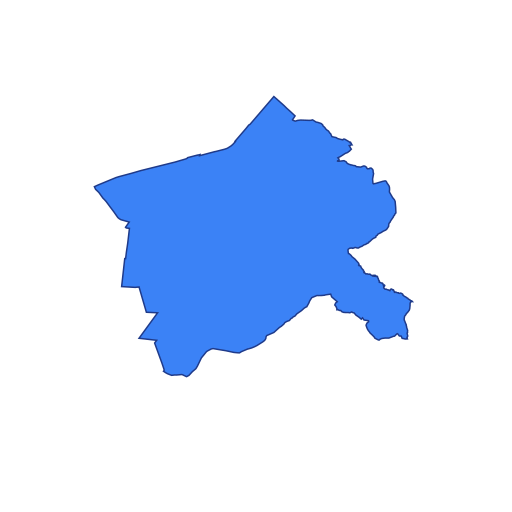 outline of Moacsa, Covasna, Romania, rotated 127°
{"feature_id": "2599482B70686666792164", "entity_name": "Moacsa", "entity_type": "district", "adm_level": 2, "iso_a3": "ROU", "parent_name": "Romania", "parent_adm1": "Covasna", "projection": "orthographic", "projection_center": [25.941, 45.883], "detail": "fine", "context": "isolated", "style": "filled", "palette": "blue", "viewbox_px": 512, "rotation_deg": 127, "n_neighbors": 0, "source": "geoboundaries", "source_scale": "gbopen_adm2", "svg_char_len": 6102}
<svg xmlns="http://www.w3.org/2000/svg" viewBox="0 0 512 512"><g transform="rotate(127 256 256)"><path d="M403.7,260.5L403.6,258.1L403.3,255.9L402.1,251.6L400.0,249.4L399.0,248.0L395.3,243.9L395.0,243.0L394.2,239.0L394.1,238.8L391.7,237.7L386.6,237.2L382.2,236.2L379.3,236.5L370.3,238.3L362.4,238.0L361.9,237.9L360.8,237.5L357.2,235.8L355.8,234.6L349.8,223.1L346.3,215.6L344.4,212.5L343.3,210.9L341.0,210.0L335.0,206.5L334.8,206.2L332.1,204.2L329.4,202.6L327.0,201.4L320.5,198.9L318.7,198.4L317.8,198.3L316.6,198.4L315.5,198.7L314.9,199.2L313.8,199.5L313.0,199.5L306.3,195.7L299.0,194.3L296.9,193.5L293.6,192.8L291.8,192.9L289.7,192.0L287.4,190.5L284.8,190.4L283.7,189.8L282.5,189.7L281.4,189.3L281.0,188.9L280.2,188.7L277.7,188.6L272.2,186.8L268.5,186.1L266.8,185.4L266.0,184.9L261.8,185.5L259.5,186.1L255.7,186.4L250.8,183.5L250.3,182.7L248.2,180.0L246.1,177.7L245.1,177.0L241.5,173.4L243.1,171.0L243.6,163.6L245.6,164.1L247.7,163.6L248.2,161.7L248.7,160.8L249.5,159.5L250.3,159.1L249.4,157.8L249.4,156.8L248.5,155.5L248.8,154.4L248.8,153.7L248.3,152.1L247.0,150.1L245.5,148.1L244.9,146.9L243.1,145.9L242.9,144.4L242.4,143.5L243.1,140.4L243.0,139.5L242.9,136.8L243.1,133.9L241.3,133.7L242.1,131.2L240.0,127.3L240.7,126.5L242.8,127.0L244.6,126.6L245.2,126.3L246.5,124.4L247.3,123.0L248.0,121.3L248.3,119.9L248.8,118.7L249.2,115.0L249.6,112.7L250.1,111.6L249.5,108.2L249.1,107.1L247.7,106.8L246.2,105.9L243.8,103.5L241.6,100.5L238.4,98.5L237.4,97.9L236.9,97.3L236.1,97.0L233.7,96.7L233.0,96.4L232.9,96.0L233.6,93.4L232.6,91.9L232.8,91.4L233.7,90.1L233.8,89.6L233.4,89.0L232.7,87.3L232.3,86.6L231.1,85.2L230.6,86.1L230.2,86.1L229.9,86.5L228.6,86.6L226.8,88.8L226.5,89.0L225.9,88.9L224.8,89.8L224.2,90.1L222.3,92.8L221.5,93.5L221.2,94.1L220.6,94.5L219.4,96.6L218.4,98.1L218.3,98.5L217.6,99.4L216.4,100.2L214.6,101.1L212.7,101.0L211.4,101.3L210.2,101.0L207.0,101.0L205.6,101.5L202.3,103.5L201.7,104.1L200.4,104.7L199.8,104.7L198.7,104.3L198.3,103.7L198.1,104.7L198.7,105.3L198.4,106.5L198.7,108.6L198.5,109.0L198.4,109.5L198.6,110.0L198.6,111.9L198.9,113.1L198.8,114.5L198.9,115.0L198.7,115.3L198.3,115.6L198.2,116.3L198.4,117.7L198.8,118.5L199.5,118.9L199.9,119.8L199.7,120.2L200.0,120.6L200.4,121.2L200.6,122.5L200.9,122.9L201.5,123.1L201.6,123.4L201.6,123.7L201.1,124.0L200.9,124.5L200.8,125.9L200.4,126.0L200.7,126.8L200.8,127.9L201.6,128.5L202.1,128.5L203.1,128.2L203.3,128.8L203.5,130.2L203.9,130.7L204.1,132.1L204.8,132.8L204.7,134.2L204.4,134.7L204.5,134.9L203.3,135.8L203.2,135.7L203.1,135.3L202.4,135.3L202.1,135.4L201.9,135.9L202.0,136.3L202.7,136.6L202.4,137.2L201.9,137.7L201.6,138.5L201.6,138.8L202.0,139.3L202.2,140.0L202.2,140.5L202.5,141.1L202.8,141.6L202.6,142.0L201.9,142.3L201.6,142.8L201.6,143.3L200.4,144.9L200.2,145.5L199.6,146.2L199.3,146.8L199.3,147.2L199.5,147.4L200.1,147.6L200.1,147.8L200.0,148.1L199.7,148.3L199.7,149.3L200.1,149.8L200.4,149.7L200.6,149.5L200.6,149.2L200.8,149.1L201.7,150.6L201.5,150.8L201.1,150.6L200.9,150.7L200.9,150.9L201.4,151.1L201.8,151.5L202.0,152.6L201.9,154.2L202.4,154.5L203.1,155.6L203.1,156.1L203.4,156.4L203.8,157.1L204.2,157.4L204.0,158.3L204.3,159.8L203.9,159.9L203.5,160.0L203.3,160.5L203.2,161.3L202.7,161.6L202.3,163.9L201.7,165.5L201.1,166.2L201.3,167.3L201.7,167.8L201.6,168.5L201.4,168.6L201.0,168.3L200.9,168.4L200.9,168.7L200.4,169.1L200.0,169.8L198.9,175.2L198.8,178.9L198.3,180.5L198.1,182.9L198.4,183.6L197.4,184.7L195.8,186.2L195.1,186.4L193.5,185.9L192.5,184.9L191.8,184.1L191.9,183.8L191.6,183.3L190.4,182.5L189.6,182.1L189.1,181.2L189.0,180.7L188.3,179.4L187.8,178.9L187.0,178.7L185.1,177.7L184.7,177.3L182.2,176.5L181.1,175.7L180.6,175.3L179.3,175.1L179.1,174.7L178.5,174.4L177.7,174.1L176.9,174.3L176.4,173.9L172.8,173.3L171.2,172.8L169.0,171.6L168.3,172.0L167.6,172.1L166.6,171.7L165.7,171.7L165.2,171.8L161.4,169.9L160.8,169.8L159.4,169.2L157.2,168.0L156.7,167.9L156.0,167.7L152.6,167.9L150.5,169.2L149.7,169.4L148.0,169.3L147.1,169.6L142.1,169.8L141.5,170.1L139.9,170.0L139.0,170.3L137.4,170.2L133.0,173.8L128.7,177.7L127.8,179.3L127.1,182.2L124.6,188.0L122.3,189.5L120.8,190.8L119.9,192.1L118.8,195.4L118.3,196.3L118.0,197.4L118.3,198.1L120.2,199.8L125.9,204.0L127.7,205.7L127.6,206.3L124.4,209.2L119.4,211.7L118.6,212.8L117.0,214.2L116.6,215.2L116.5,217.0L117.2,217.9L118.1,218.1L119.3,219.5L119.2,220.3L118.6,221.1L118.7,223.2L119.4,224.3L122.0,225.9L124.3,229.7L124.1,230.7L124.3,231.4L125.1,232.7L125.8,234.6L126.2,235.0L126.3,235.7L126.8,237.0L127.1,238.9L126.5,240.9L126.8,242.2L126.9,243.1L130.1,246.4L131.1,247.7L131.2,248.6L131.0,248.3L129.5,247.3L128.7,248.0L128.4,249.1L128.3,249.7L127.0,249.1L125.9,248.5L120.2,246.4L118.7,245.4L117.8,245.0L116.7,244.8L116.2,244.5L113.3,244.2L113.0,245.1L111.7,248.0L111.1,247.3L110.2,246.9L110.1,247.0L109.6,246.8L109.4,246.4L108.3,248.9L108.9,249.0L108.7,250.4L109.3,255.4L109.7,256.1L110.1,256.5L110.5,256.4L111.0,256.6L112.1,259.0L113.0,261.3L113.1,261.8L113.2,263.3L113.4,263.8L113.5,263.9L115.0,267.2L113.4,270.1L113.4,271.1L112.8,272.7L112.6,273.4L112.6,273.9L112.8,274.7L112.6,275.5L112.6,276.6L112.0,278.3L111.7,281.0L111.2,281.5L111.0,282.8L111.0,283.8L112.1,287.1L112.7,288.2L112.9,289.0L113.2,292.6L113.5,293.1L114.2,293.4L115.5,294.9L120.6,302.2L122.7,304.4L124.7,305.8L125.4,308.4L125.3,308.8L120.6,309.1L120.0,314.7L119.5,320.5L119.0,324.1L117.9,337.7L154.4,340.0L155.8,340.6L160.0,340.7L177.0,341.8L177.0,341.3L181.0,341.7L183.2,342.2L186.4,343.4L187.7,344.0L189.7,345.4L196.7,351.0L197.3,351.6L209.8,361.4L208.7,361.8L211.0,363.6L210.9,363.7L218.6,369.8L219.3,369.8L220.6,370.4L229.6,377.1L257.0,399.3L265.0,405.3L275.1,413.2L277.6,415.0L294.4,424.9L297.9,426.8L299.3,424.2L299.7,420.7L299.9,419.5L301.9,413.1L302.2,410.9L302.7,408.4L304.8,401.3L306.2,396.4L308.3,389.9L308.5,388.9L308.5,387.4L308.3,385.7L305.2,377.7L311.6,377.5L311.7,376.9L311.6,376.3L310.1,373.7L322.9,366.2L330.8,361.9L336.5,358.6L336.6,358.9L337.0,359.3L361.3,344.9L353.7,333.5L352.1,331.9L352.0,331.5L351.1,330.8L366.9,309.7L360.6,300.4L392.1,299.9L383.1,284.6L386.5,284.6L398.2,266.6L401.9,261.2L402.9,260.4L403.7,260.5Z" fill="#3b82f6" stroke="#1e3a8a" stroke-width="1.5"/></g></svg>